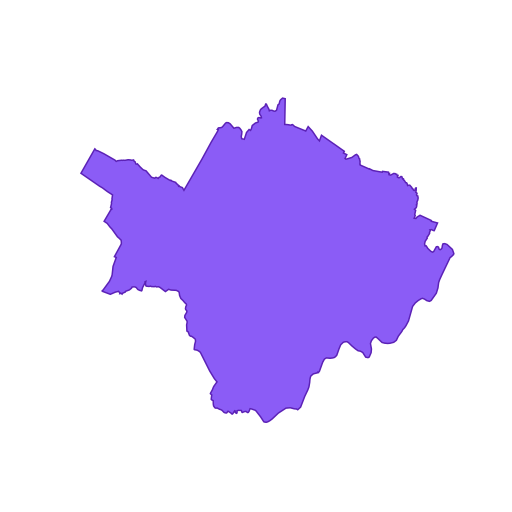 outline of Kota Surakarta, Jawa Tengah, Indonesia, rotated 15°
{"feature_id": "22746128B33460906687482", "entity_name": "Kota Surakarta", "entity_type": "district", "adm_level": 2, "iso_a3": "IDN", "parent_name": "Indonesia", "parent_adm1": "Jawa Tengah", "projection": "natural_earth1", "projection_center": [110.818, -7.559], "detail": "fine", "context": "isolated", "style": "filled", "palette": "violet", "viewbox_px": 512, "rotation_deg": 15, "n_neighbors": 0, "source": "geoboundaries", "source_scale": "gbopen_adm2", "svg_char_len": 6155}
<svg xmlns="http://www.w3.org/2000/svg" viewBox="0 0 512 512"><g transform="rotate(15 256 256)"><path d="M185.9,143.7L186.8,143.6L186.8,144.6L186.3,146.7L183.3,157.5L178.7,176.5L169.4,211.2L167.2,209.0L164.5,208.7L163.6,208.1L163.2,208.6L162.1,207.3L160.1,206.5L159.5,205.7L155.4,205.4L154.1,204.8L153.7,205.3L147.6,203.6L144.0,202.2L143.6,202.4L142.7,204.7L142.0,205.1L141.4,206.4L139.6,205.9L138.8,206.0L138.4,206.4L138.1,207.1L134.7,207.0L127.8,202.2L125.1,202.0L124.2,201.7L121.1,200.0L117.6,197.7L117.3,198.1L116.2,198.2L114.7,196.2L113.8,196.0L112.9,194.9L111.2,195.7L109.9,195.7L107.6,196.1L104.7,197.5L103.1,197.8L102.2,198.2L101.6,198.2L97.6,199.8L96.5,200.8L95.0,199.9L82.6,196.6L75.9,195.3L74.3,195.5L73.5,194.7L72.6,194.2L65.5,221.4L87.0,229.1L90.0,229.9L95.7,232.2L101.6,234.1L102.1,238.2L102.5,238.9L102.4,241.5L102.9,242.8L103.0,246.9L104.2,247.3L104.4,247.7L104.0,248.4L104.2,248.5L103.9,248.7L100.3,261.8L103.8,263.0L107.6,265.9L109.9,267.3L117.2,273.3L119.3,274.3L121.7,275.7L122.5,278.0L122.8,279.3L119.4,293.3L121.4,293.6L120.6,303.0L121.9,311.3L121.9,313.2L121.0,318.4L117.2,328.2L116.4,329.6L117.0,329.9L125.2,330.7L129.5,327.3L132.4,325.7L133.7,326.7L134.2,326.8L134.2,327.6L135.4,327.0L136.5,327.5L136.8,326.5L139.1,324.6L139.1,324.1L139.5,323.6L142.4,321.6L144.1,319.3L144.3,318.1L146.0,317.4L147.1,317.2L148.4,317.4L150.5,318.9L152.4,319.3L154.5,319.3L154.7,318.8L154.6,315.9L155.7,310.9L155.5,309.5L156.2,309.0L156.2,310.7L156.5,311.5L157.3,313.3L158.0,313.5L160.6,313.1L161.9,312.4L162.8,312.6L165.6,312.0L166.6,311.4L168.0,311.6L169.7,310.9L171.4,311.2L177.7,313.8L180.2,310.8L182.7,310.9L187.9,309.8L190.3,310.3L191.2,311.0L192.4,313.9L194.4,316.5L197.0,317.9L199.4,319.6L200.9,320.3L201.4,320.9L201.6,321.6L201.3,323.1L201.5,325.1L202.0,326.0L203.2,326.7L203.6,327.5L203.6,328.5L202.7,331.8L203.0,333.8L206.3,336.8L206.7,338.2L206.8,340.5L208.7,346.4L210.1,346.8L212.3,349.9L213.5,350.4L214.4,350.2L216.2,350.8L218.6,351.9L219.1,352.4L219.7,354.3L219.7,357.4L220.4,362.1L220.8,362.4L223.2,362.2L224.5,362.4L226.6,363.1L227.6,363.9L241.1,379.1L247.5,385.2L250.9,387.7L249.2,392.2L248.8,393.7L248.5,396.5L247.5,400.6L247.7,400.9L249.2,401.6L249.8,406.0L250.6,406.5L252.1,406.8L253.1,410.2L253.9,411.9L254.8,412.5L255.2,413.1L256.4,413.4L257.9,412.9L260.5,413.5L261.7,413.5L263.2,413.9L265.5,415.3L266.8,415.5L268.1,415.3L268.4,415.0L269.0,413.3L269.4,413.2L272.2,414.1L273.7,414.9L274.1,414.8L274.4,414.3L275.5,411.0L276.0,411.1L276.5,412.5L277.5,413.0L278.0,413.0L278.2,412.6L278.2,411.9L277.7,410.5L278.8,409.7L281.7,409.0L282.0,409.2L282.8,410.5L283.2,410.7L285.1,409.3L286.5,408.7L288.3,409.4L289.0,409.1L289.5,407.7L289.8,405.0L290.9,404.9L295.2,405.2L296.2,405.7L302.0,410.1L306.1,413.8L306.7,414.2L308.8,414.0L310.2,413.2L311.8,411.7L313.8,409.2L318.2,402.0L324.3,395.2L328.4,393.7L332.4,393.7L334.8,393.3L336.1,393.7L338.2,390.4L339.4,379.0L340.7,372.0L341.0,368.8L340.6,364.4L340.0,361.1L339.9,358.9L340.1,357.6L341.9,355.0L346.0,352.7L345.0,352.1L346.4,352.4L347.1,350.9L347.9,341.4L348.8,337.8L350.4,336.2L354.0,335.6L356.5,334.6L358.0,333.7L358.8,332.7L359.7,331.0L360.2,324.3L360.8,319.8L362.6,316.8L364.0,315.9L366.1,315.2L367.7,315.7L372.0,318.1L376.1,320.0L379.1,321.1L381.5,320.9L384.1,321.6L388.1,325.3L390.5,325.2L391.5,324.3L392.2,319.6L391.6,316.0L389.2,310.9L389.4,308.0L390.6,305.0L391.8,303.6L393.1,303.2L395.2,304.2L400.1,306.9L402.7,306.9L405.8,306.4L408.0,305.6L411.4,303.7L413.4,301.1L414.2,296.7L416.4,291.1L416.8,289.2L418.1,286.8L418.9,284.5L420.1,279.2L420.3,264.2L422.0,260.1L424.2,257.0L426.6,254.5L427.8,253.8L429.9,254.0L432.5,254.9L435.3,254.9L436.7,253.6L439.8,245.3L440.0,239.7L439.3,234.5L439.5,231.4L440.4,226.0L443.9,207.2L445.0,206.0L446.0,204.1L446.4,203.7L446.5,202.5L444.0,198.8L437.5,195.4L435.1,195.2L433.5,195.8L433.3,197.3L433.6,200.1L433.1,201.4L432.2,202.3L431.0,201.9L430.0,200.2L429.0,199.9L427.8,200.4L426.5,205.6L425.6,206.6L423.6,206.2L419.6,204.0L419.4,203.6L417.6,202.1L416.7,202.5L415.7,200.7L415.6,198.0L416.8,194.5L416.5,194.2L416.4,193.2L416.8,192.7L417.8,189.3L417.8,188.9L417.5,188.5L417.8,186.1L417.3,185.7L418.5,185.1L420.9,185.5L421.6,185.4L422.8,177.1L416.3,177.1L416.3,176.5L416.0,176.3L403.9,174.2L401.5,176.7L400.7,178.4L399.0,178.6L399.3,175.6L398.6,174.9L398.4,170.6L396.9,169.8L398.3,167.8L398.3,166.1L397.7,165.2L397.7,164.9L398.1,164.9L397.9,163.1L397.4,162.4L397.8,160.1L397.6,158.0L396.7,156.1L395.8,156.1L395.2,155.4L395.4,154.0L395.0,153.5L393.9,153.2L393.7,151.0L393.2,148.8L392.6,149.0L392.4,149.5L392.5,151.2L391.9,151.8L391.1,151.6L390.0,150.4L389.4,150.4L388.8,149.5L386.2,147.8L385.1,148.1L384.2,148.7L383.1,146.8L382.5,146.3L381.5,146.4L380.3,145.1L379.0,144.4L378.8,143.6L378.4,143.3L378.0,143.7L377.6,143.5L376.3,141.6L375.4,141.7L374.2,143.3L373.2,143.5L372.1,143.1L372.1,142.2L372.4,141.6L372.3,141.4L372.0,141.6L371.2,141.3L370.8,140.6L369.5,140.7L369.2,140.4L367.7,140.6L365.1,143.0L363.4,143.0L363.5,142.1L363.2,142.3L362.9,142.1L362.9,141.6L362.3,140.7L356.3,141.5L356.2,142.4L346.8,143.2L343.1,142.4L343.0,142.7L333.3,141.2L332.9,141.0L332.8,140.3L332.5,140.2L332.1,137.8L331.9,137.7L331.6,136.7L331.3,136.5L331.0,135.4L330.6,135.3L330.0,134.7L329.1,133.2L326.9,131.8L325.8,132.6L323.1,136.0L317.9,139.2L316.8,138.8L317.5,134.6L313.8,133.9L314.2,132.0L288.0,122.4L287.5,128.4L285.2,127.0L278.1,120.8L272.9,117.5L271.7,122.4L259.8,120.9L257.3,119.6L256.4,120.0L256.0,120.6L252.6,120.9L249.7,121.5L243.5,96.5L240.8,96.6L239.3,98.8L238.9,100.2L239.0,103.1L238.1,104.3L238.1,109.9L236.9,111.3L235.5,111.4L233.7,111.1L232.3,111.5L231.3,112.3L230.6,111.0L228.2,108.5L226.7,106.6L226.0,106.7L225.9,108.9L223.2,112.2L222.5,113.4L222.2,115.5L222.3,116.7L223.0,118.1L224.8,119.7L225.5,121.1L225.0,121.4L222.9,121.5L222.3,121.9L222.0,122.7L222.0,123.4L223.3,125.0L223.4,125.8L223.3,126.2L221.0,127.7L218.6,130.9L218.6,134.4L218.2,136.1L216.6,135.6L214.9,139.1L214.5,146.3L211.8,146.4L210.8,144.3L210.7,142.2L210.2,139.5L208.7,137.9L207.1,136.7L206.0,136.3L204.0,136.8L201.6,138.3L196.8,135.0L194.9,134.4L193.1,134.7L192.2,135.5L190.1,140.1L189.1,141.0L186.5,142.0L185.9,143.7Z" fill="#8b5cf6" stroke="#5b21b6" stroke-width="1.5"/></g></svg>